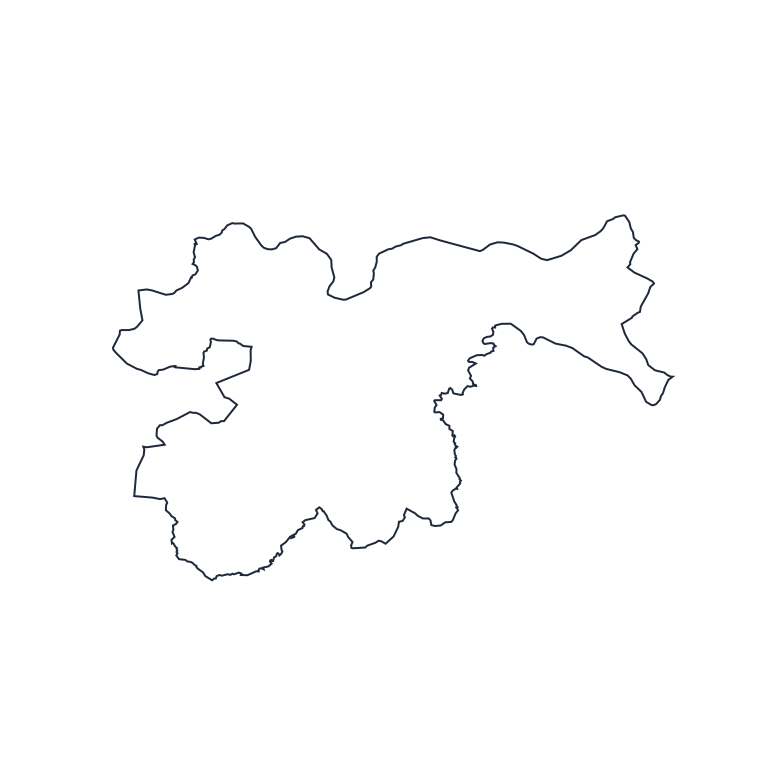 outline of Bale, Balé, Burkina Faso, rotated 292°
{"feature_id": "67063806B68807156447803", "entity_name": "Bale", "entity_type": "district", "adm_level": 2, "iso_a3": "BFA", "parent_name": "Burkina Faso", "parent_adm1": "Balé", "projection": "equal_earth", "projection_center": [-3.151, 11.673], "detail": "fine", "context": "isolated", "style": "outline", "palette": "slate", "viewbox_px": 768, "rotation_deg": 292, "n_neighbors": 0, "source": "geoboundaries", "source_scale": "gbopen_adm2", "svg_char_len": 6166}
<svg xmlns="http://www.w3.org/2000/svg" viewBox="0 0 768 768"><g transform="rotate(292 384 384)"><path d="M447.1,154.4L443.6,158.0L443.2,157.6L443.7,156.4L442.8,155.9L441.6,156.9L434.9,158.1L430.7,161.3L428.2,160.9L425.7,162.2L423.6,161.6L423.4,165.0L422.6,166.6L419.6,168.9L415.0,168.0L412.9,165.8L410.6,165.9L410.6,165.2L404.3,164.9L397.4,160.7L393.0,156.5L389.6,155.3L388.1,153.8L385.0,148.3L383.8,133.4L382.8,128.6L378.7,121.3L362.7,129.7L352.5,136.2L344.3,133.5L341.6,131.8L338.4,127.2L335.7,120.5L334.5,119.2L330.8,120.4L316.2,119.1L314.4,120.2L312.7,123.4L306.6,138.0L305.5,149.4L306.0,153.2L305.6,161.1L306.3,167.7L308.3,170.1L310.5,169.5L312.5,170.0L314.7,174.0L319.8,179.0L322.2,183.0L322.5,183.8L321.2,183.8L321.6,185.3L326.8,202.8L328.8,207.1L330.2,206.5L330.8,208.1L331.6,208.0L333.1,209.9L334.9,208.4L341.2,207.1L345.3,204.9L346.7,205.1L348.6,207.2L350.7,206.8L352.8,208.7L358.1,207.8L360.0,206.4L361.3,206.7L362.0,208.6L362.0,212.2L362.7,214.9L367.7,228.2L368.3,231.4L367.2,233.9L367.5,235.2L366.5,239.3L368.9,247.3L365.3,247.7L355.6,251.8L346.6,253.6L322.1,228.2L312.0,241.1L312.4,246.0L309.7,255.5L289.7,249.6L288.4,246.7L286.2,245.3L282.9,238.6L286.8,224.8L286.9,220.7L285.6,217.3L285.4,214.7L273.8,204.9L266.7,197.1L262.8,194.0L261.9,191.7L257.6,190.3L251.1,192.3L249.4,194.1L247.6,200.5L245.5,203.4L236.4,187.6L235.7,184.3L233.5,186.3L227.9,187.9L211.0,186.9L186.5,194.4L192.0,212.1L193.4,219.5L195.9,223.3L192.8,227.5L190.3,227.3L185.3,229.0L183.5,234.1L181.9,236.3L181.1,240.6L179.7,241.3L178.7,244.2L176.4,243.6L173.7,241.3L170.1,243.3L167.7,243.3L163.7,247.1L159.9,245.3L156.7,247.1L157.5,247.6L157.3,248.5L155.0,251.4L154.3,253.6L153.1,253.5L152.1,254.8L150.5,254.5L149.6,256.0L147.3,255.6L144.8,259.5L146.5,265.7L145.8,268.0L146.6,271.6L146.3,274.1L145.5,275.2L145.0,278.3L143.9,278.7L143.1,280.4L141.5,286.9L139.0,290.2L137.6,298.1L140.0,299.5L140.6,300.9L143.2,300.8L145.3,303.1L145.6,305.6L149.0,310.2L149.5,313.1L151.3,314.5L151.4,316.3L154.7,320.0L154.8,322.9L153.3,322.9L155.6,329.1L162.4,335.6L163.4,338.0L164.1,337.3L166.2,337.7L167.1,339.2L167.1,341.8L168.4,340.5L171.6,345.2L175.3,347.1L176.6,344.9L177.7,344.6L178.7,345.5L177.9,346.6L178.2,347.5L182.1,347.0L184.0,348.6L186.4,348.2L187.4,348.8L187.3,349.6L185.9,351.3L188.3,352.4L190.9,352.4L191.7,351.2L195.6,349.1L200.8,352.3L207.3,354.2L207.9,355.0L206.4,355.7L208.5,358.0L209.1,357.9L209.5,356.0L212.1,358.3L216.2,358.9L220.0,362.4L221.7,362.0L222.2,363.0L223.8,363.0L225.4,360.3L228.4,362.2L233.7,369.9L239.1,370.9L241.8,368.1L245.4,370.2L244.7,373.0L243.1,374.9L243.5,375.6L240.3,380.4L237.1,383.3L236.3,385.9L233.6,389.1L231.8,394.7L232.2,398.2L231.2,405.4L228.5,408.4L225.7,414.0L222.0,414.0L219.9,415.1L219.9,416.4L225.4,427.9L227.9,429.1L233.7,435.6L236.6,437.7L237.2,440.2L236.5,445.3L246.2,450.0L256.8,450.7L261.9,449.5L264.0,452.6L268.3,453.3L269.9,451.6L276.9,451.7L275.7,461.5L274.5,464.4L273.9,470.4L276.1,475.8L274.9,478.2L270.9,480.8L271.5,484.7L274.1,489.6L278.7,492.6L281.3,498.0L283.4,498.8L291.0,498.9L294.6,500.0L296.0,498.4L297.1,498.4L296.7,497.2L298.6,497.0L301.5,493.1L308.5,487.1L311.0,487.7L313.8,489.7L314.2,491.1L315.3,490.1L320.3,491.9L321.6,491.1L323.3,491.5L323.8,489.8L324.9,489.7L328.8,484.3L332.1,483.2L335.6,479.7L339.4,478.6L342.1,479.1L342.6,477.6L344.1,477.7L345.3,476.1L349.0,474.0L352.0,474.2L352.0,475.0L353.4,475.4L353.4,473.8L354.9,472.0L355.6,472.2L356.6,470.2L360.6,469.3L361.9,469.7L362.9,468.4L361.4,467.3L362.0,466.6L366.2,465.4L366.8,461.5L369.7,460.3L369.9,456.3L372.6,452.0L372.1,450.1L372.9,449.7L374.5,451.5L377.8,450.3L378.8,446.0L376.8,442.1L377.1,441.0L381.2,439.9L384.1,440.6L387.1,436.9L388.0,437.2L390.4,443.1L391.9,443.2L394.2,440.0L395.2,441.0L397.3,440.9L397.7,443.6L399.4,446.5L404.0,446.2L405.1,446.9L404.2,449.5L401.7,451.4L401.4,452.5L402.7,459.6L404.0,461.0L405.0,460.3L408.9,460.4L413.3,462.2L413.9,465.3L416.1,467.9L416.7,470.1L417.5,469.4L417.1,466.8L419.6,465.3L421.2,461.6L424.2,461.6L428.1,456.9L431.0,456.8L437.4,461.5L437.5,457.5L436.3,454.5L437.1,453.2L440.0,453.9L445.4,459.2L447.7,464.1L447.8,466.5L449.8,467.6L453.0,471.1L454.1,471.1L455.7,473.1L458.6,471.6L460.9,473.3L461.6,470.9L462.5,470.4L462.0,467.8L458.8,462.4L459.1,461.0L460.8,459.1L463.9,459.5L466.3,461.9L468.0,465.0L470.6,466.6L473.3,465.9L475.8,463.4L477.3,463.8L478.0,465.9L479.6,465.2L480.4,465.8L483.9,470.6L487.4,479.0L484.5,490.9L481.9,495.5L476.4,500.8L475.6,503.0L475.8,505.9L476.9,507.9L483.3,508.5L485.9,511.2L486.8,514.0L485.7,527.8L487.7,538.3L487.9,545.2L484.6,559.3L485.0,562.8L481.5,579.1L481.2,584.3L483.2,598.0L483.2,606.6L481.3,610.9L476.7,616.8L473.1,625.7L465.6,633.8L464.7,640.1L465.5,642.1L467.5,643.9L472.7,645.8L476.4,645.3L480.0,646.1L486.1,645.6L494.3,646.1L498.9,648.9L498.3,647.1L498.4,643.7L499.6,639.4L498.2,630.1L500.5,622.0L505.3,617.8L509.3,612.1L513.3,598.6L515.4,594.9L520.9,588.4L528.6,581.9L538.2,589.0L539.8,589.1L544.9,592.4L546.7,594.3L552.0,593.1L567.2,595.0L573.7,594.6L578.3,596.7L579.6,594.8L580.5,588.3L581.1,574.6L583.3,566.1L587.4,567.5L589.0,566.5L598.2,566.6L604.0,568.4L607.1,565.3L610.2,567.3L611.5,567.1L611.8,563.7L613.0,560.9L618.1,557.9L620.8,554.5L626.1,550.7L630.4,544.3L629.9,542.5L625.1,535.8L622.7,534.5L618.5,529.9L610.7,529.0L607.0,527.7L601.2,524.0L591.4,513.1L578.0,507.1L569.3,500.4L560.0,488.9L559.0,483.0L560.8,473.6L562.0,456.3L561.8,451.6L560.0,442.1L557.9,436.2L553.1,430.1L545.1,425.2L543.1,423.1L538.2,382.5L537.4,372.0L533.7,365.1L521.0,349.0L519.2,348.0L515.8,343.3L512.5,340.8L510.4,337.4L502.9,330.5L499.2,329.6L494.6,331.5L488.8,332.2L485.0,331.6L483.0,333.1L476.8,334.9L473.4,333.8L469.4,335.7L467.4,335.0L461.4,330.6L447.8,316.8L446.9,314.7L445.5,306.0L446.0,298.5L448.7,297.0L454.2,296.9L460.3,298.6L464.2,298.0L472.6,291.7L479.3,288.6L483.3,282.3L484.5,273.6L491.3,260.3L490.5,253.2L487.7,247.3L483.7,242.5L478.6,239.0L475.9,234.9L469.5,233.1L466.8,229.6L465.4,225.5L465.3,221.6L466.4,218.5L472.2,209.4L478.0,202.8L479.1,200.4L480.1,193.2L476.6,184.9L476.4,183.1L472.3,179.2L467.8,178.0L466.0,176.6L463.5,176.8L460.8,175.6L458.4,172.6L454.1,169.4L452.4,167.1L452.0,162.2L450.3,157.4L447.1,154.4Z" fill="none" stroke="#1e293b" stroke-width="2"/></g></svg>